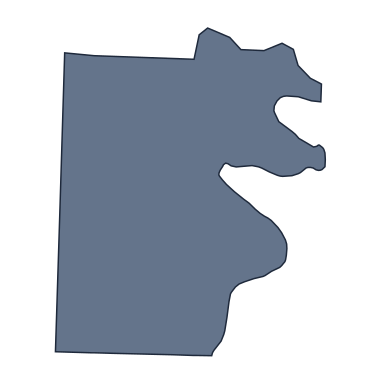 outline of Pemiscot, Missouri, United States of America, rotated 2°
{"feature_id": "52423323B55965688418648", "entity_name": "Pemiscot", "entity_type": "district", "adm_level": 2, "iso_a3": "USA", "parent_name": "United States of America", "parent_adm1": "Missouri", "projection": "mercator", "projection_center": [-89.66, 36.213], "detail": "fine", "context": "isolated", "style": "filled", "palette": "slate", "viewbox_px": 384, "rotation_deg": 2, "n_neighbors": 0, "source": "geoboundaries", "source_scale": "gbopen_adm2", "svg_char_len": 1534}
<svg xmlns="http://www.w3.org/2000/svg" viewBox="0 0 384 384"><g transform="rotate(2 192 192)"><path d="M59.9,57.4L60.6,209.5L61.1,356.4L97.0,356.2L100.0,356.1L113.0,356.0L113.3,356.0L113.6,356.0L117.0,356.0L178.2,355.3L178.3,355.3L198.4,355.3L201.2,355.2L217.4,354.9L218.1,351.9L219.4,349.5L226.3,340.0L228.7,333.3L229.6,329.6L231.3,316.1L232.8,300.3L234.0,292.5L234.8,290.9L238.7,285.4L242.3,282.3L247.8,279.8L256.9,276.4L266.0,273.9L268.0,272.9L274.2,268.5L282.4,264.2L284.2,262.4L287.3,258.3L287.9,256.4L288.5,251.8L288.8,245.3L288.4,240.7L287.0,236.6L283.0,229.6L279.2,224.6L272.3,217.8L268.8,215.4L265.3,213.7L260.7,210.9L255.8,207.0L249.6,201.3L243.9,197.4L234.3,190.2L230.9,187.3L226.2,183.3L221.9,178.8L218.9,175.2L218.4,174.4L218.2,173.2L218.4,171.8L219.5,169.1L221.8,165.3L222.5,163.6L224.6,162.0L227.0,162.5L230.2,164.5L235.3,165.4L251.1,163.5L257.5,164.5L260.8,165.6L268.5,169.2L276.7,172.3L279.5,173.0L282.1,173.2L291.4,172.2L297.5,170.0L299.7,168.8L305.2,164.0L307.0,163.4L309.6,163.3L312.3,163.8L315.2,165.5L317.8,166.0L319.7,165.7L321.2,165.0L324.0,162.1L324.1,155.0L323.5,148.3L322.2,144.7L321.0,143.1L317.7,140.7L316.6,140.7L315.0,142.0L311.9,142.8L296.9,134.7L293.3,130.8L289.9,128.1L276.3,118.7L271.7,109.8L271.0,108.0L271.3,103.0L273.8,98.0L277.0,94.6L280.1,93.2L283.2,92.7L294.9,93.1L308.1,96.7L317.6,97.4L317.6,79.6L306.3,74.2L293.6,61.9L288.3,45.9L276.8,40.2L259.0,48.2L235.9,48.0L224.3,36.2L201.9,27.6L193.7,34.6L189.4,59.3L89.5,59.2L59.9,57.4Z" fill="#64748b" stroke="#1e293b" stroke-width="1.5"/></g></svg>